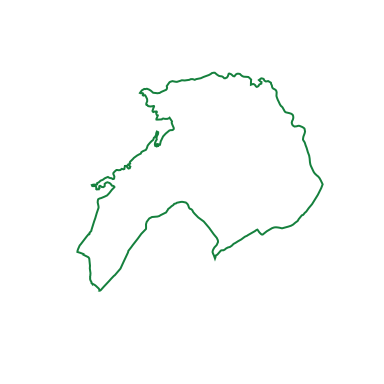 outline of Vera Cruz, Dili, East Timor, rotated 218°
{"feature_id": "22284137B41604792993839", "entity_name": "Vera Cruz", "entity_type": "district", "adm_level": 2, "iso_a3": "TLS", "parent_name": "East Timor", "parent_adm1": "Dili", "projection": "robinson", "projection_center": [125.57, -8.588], "detail": "fine", "context": "isolated", "style": "outline", "palette": "green", "viewbox_px": 384, "rotation_deg": 218, "n_neighbors": 0, "source": "geoboundaries", "source_scale": "gbopen_adm2", "svg_char_len": 6066}
<svg xmlns="http://www.w3.org/2000/svg" viewBox="0 0 384 384"><g transform="rotate(218 192 192)"><path d="M258.9,181.4L259.4,177.7L259.1,176.8L258.2,176.3L258.5,175.1L259.2,174.7L259.2,174.2L258.3,174.2L256.2,174.0L255.7,172.4L256.5,171.4L258.3,171.6L259.5,172.4L260.9,171.2L259.5,168.5L260.0,167.7L261.6,167.0L262.0,165.2L263.1,164.1L264.3,163.4L265.1,162.8L265.6,160.2L265.6,158.4L265.0,157.7L262.8,156.5L261.8,154.9L261.7,154.1L262.4,153.4L263.9,153.3L265.1,152.6L266.3,152.2L267.5,152.1L268.5,150.4L269.3,148.8L269.6,147.3L270.1,146.2L271.0,144.7L271.4,142.2L272.2,140.6L271.5,139.6L272.4,138.5L273.8,137.5L274.6,136.7L275.2,135.8L274.2,135.3L273.6,135.7L272.3,136.8L271.4,137.4L270.1,136.5L269.2,135.3L268.5,135.4L267.7,136.5L267.1,136.7L267.2,138.0L268.2,138.7L268.6,139.8L268.2,140.3L267.5,140.4L266.2,140.4L264.9,141.2L264.4,142.7L265.1,143.8L265.8,144.6L265.4,146.4L264.6,147.6L262.6,148.3L261.0,148.3L259.1,147.7L258.4,148.1L257.3,148.4L256.5,148.4L256.1,148.0L256.5,144.6L256.5,140.1L256.8,137.0L258.2,134.2L259.9,131.2L260.7,130.2L261.4,128.8L261.4,128.3L261.0,127.4L259.9,125.7L256.9,123.2L255.9,122.0L254.1,116.8L252.1,111.8L251.0,108.5L247.9,100.3L247.4,99.3L247.4,99.0L247.6,97.2L247.5,96.4L247.1,96.2L246.9,95.6L246.9,95.4L247.5,94.9L247.6,92.1L247.5,82.2L247.6,80.8L246.6,76.8L246.0,75.2L245.4,74.2L242.8,75.2L239.3,76.3L239.0,75.7L233.5,76.8L232.5,76.5L231.9,76.2L227.0,71.1L225.5,68.9L224.9,68.3L222.1,65.6L221.5,64.8L221.3,64.4L220.7,63.6L220.1,62.4L219.4,61.7L219.1,61.2L218.6,60.6L217.8,60.0L217.3,59.7L216.4,59.4L215.7,59.0L215.3,58.7L215.2,58.4L214.9,58.3L214.5,58.3L214.2,58.4L213.6,58.1L213.6,58.5L211.8,58.8L210.5,58.9L207.1,58.6L206.0,58.5L204.7,57.9L204.1,57.6L204.1,57.3L203.9,57.4L203.5,58.4L203.2,63.0L202.5,70.8L202.3,73.9L201.9,77.9L201.6,78.8L201.2,87.6L203.0,95.2L205.2,104.9L205.9,106.5L205.9,111.0L206.0,113.6L206.0,121.8L206.2,127.8L205.5,134.4L205.9,135.2L208.4,138.3L209.3,140.6L209.4,144.8L208.1,147.7L207.1,148.6L204.1,151.4L203.0,152.9L202.5,154.4L199.8,160.0L200.0,161.4L200.0,162.4L200.3,163.9L199.7,166.2L199.4,168.1L198.7,170.2L198.7,171.7L197.6,173.1L197.3,174.2L194.6,177.4L193.4,178.4L190.4,179.9L188.4,179.8L187.0,179.3L184.7,177.8L183.5,177.5L181.8,178.0L180.4,177.8L178.9,177.0L176.7,176.5L171.5,175.8L164.6,176.0L156.4,174.3L148.9,172.1L144.3,171.1L142.3,170.1L141.5,169.5L140.7,168.6L139.9,165.4L140.2,162.1L140.0,160.6L139.7,159.1L139.2,157.9L138.7,157.2L137.5,156.4L135.7,155.5L132.9,153.7L133.5,155.5L134.3,156.0L134.2,156.5L133.5,158.2L133.2,163.6L132.6,164.5L131.3,165.5L130.7,166.9L130.4,168.5L129.6,170.3L128.3,172.0L127.6,174.1L127.3,176.7L126.4,178.7L125.5,181.3L124.0,184.9L122.8,189.3L121.6,191.6L121.4,192.4L119.4,197.3L118.4,199.7L117.8,201.8L117.3,202.6L116.4,202.4L114.3,201.7L112.2,201.4L111.0,201.4L110.1,202.0L108.9,207.1L106.6,212.9L105.4,214.7L104.1,215.9L102.7,216.8L101.1,217.7L98.7,218.8L94.8,224.0L93.2,226.4L92.3,228.5L91.7,231.5L90.9,234.2L91.2,236.3L91.1,241.2L90.3,242.5L90.3,245.0L89.9,246.9L90.1,251.2L89.9,256.3L91.1,267.3L92.6,274.7L93.8,278.5L97.4,280.3L99.9,281.4L102.1,281.9L103.9,281.9L106.7,282.2L108.6,282.8L114.3,285.7L115.6,286.5L117.3,288.0L120.0,290.9L122.2,292.9L125.2,294.7L128.8,297.3L131.3,298.8L133.3,300.2L134.6,300.8L135.7,301.1L136.8,301.6L137.5,302.7L138.3,304.2L139.3,307.4L140.1,309.2L141.2,310.2L142.4,311.2L143.5,311.3L145.2,311.1L148.0,310.3L149.0,309.6L150.0,308.2L151.5,306.7L152.9,306.5L154.2,306.7L155.4,307.4L156.2,308.2L156.8,309.7L157.1,311.2L157.8,312.8L159.0,314.1L160.2,314.8L161.8,314.8L163.8,314.1L167.0,312.6L168.3,312.5L172.7,314.4L174.0,314.6L175.0,314.6L176.7,315.2L179.4,316.6L181.1,317.4L183.4,318.8L184.6,319.7L186.7,322.7L187.9,323.6L188.9,323.9L190.2,323.8L191.5,323.5L192.6,323.6L193.7,324.2L194.6,325.1L196.1,325.8L197.1,326.7L200.3,326.3L201.1,325.3L202.0,324.5L203.7,324.4L204.9,325.1L205.9,325.0L207.4,324.2L208.2,321.4L205.9,321.2L204.9,321.4L204.1,320.1L205.1,318.2L204.9,316.2L205.6,314.7L206.7,314.6L208.1,315.1L209.4,315.1L210.4,314.7L211.6,312.8L213.7,315.6L214.6,317.0L217.3,317.3L218.4,317.3L219.8,316.4L222.1,314.8L223.6,314.3L225.4,314.3L226.8,314.5L228.0,314.0L229.2,313.0L229.8,311.6L229.8,309.3L230.8,308.7L233.5,308.9L235.4,308.4L235.9,307.8L235.0,305.2L235.0,303.6L235.9,302.0L236.7,301.5L238.4,301.7L239.7,301.5L240.6,300.9L242.2,300.1L244.2,299.9L247.5,300.0L248.3,299.4L249.5,298.0L249.9,296.5L250.7,294.6L253.7,289.8L255.1,287.1L258.2,283.5L258.9,282.1L260.9,281.4L262.4,280.2L263.3,278.6L266.4,275.4L268.8,273.8L269.8,272.2L271.7,269.5L273.1,268.6L275.7,267.3L277.0,265.4L277.3,264.5L277.1,259.9L275.9,258.9L275.3,257.7L275.3,256.6L277.8,252.0L278.5,250.1L280.2,248.4L281.0,248.0L283.7,246.3L286.6,246.5L288.8,246.3L291.1,245.6L292.2,244.3L293.1,243.8L294.1,241.1L294.0,238.0L293.5,238.1L293.2,238.3L291.8,239.5L291.1,239.5L290.9,238.9L290.4,238.0L289.7,238.0L288.8,239.3L288.5,239.4L287.0,238.8L284.6,237.6L283.2,236.0L282.6,233.9L282.3,233.3L281.9,232.8L281.4,232.6L280.8,233.0L279.9,232.7L279.2,232.8L278.3,233.3L277.4,233.8L275.9,235.3L275.3,236.1L274.9,236.3L274.5,236.0L274.2,234.7L273.1,231.6L272.5,231.2L271.7,231.2L271.3,231.9L270.7,232.7L270.2,232.7L269.5,233.6L268.9,233.4L268.8,232.3L268.4,231.7L267.7,231.3L267.0,231.0L266.1,231.3L265.8,230.5L265.0,227.5L264.6,227.2L263.4,228.1L262.5,228.9L260.5,230.6L260.4,231.5L259.9,232.2L258.8,232.7L257.6,233.5L256.4,234.5L255.5,236.1L255.4,236.7L251.2,235.3L250.6,234.0L248.9,232.9L245.9,231.3L245.2,230.5L245.3,229.3L245.6,228.7L247.1,227.4L247.7,226.5L248.7,221.8L249.0,218.0L247.8,212.6L246.3,209.5L247.2,208.5L246.9,207.5L247.5,207.0L247.9,207.8L248.1,208.8L249.1,208.3L248.9,207.5L248.5,206.9L248.1,206.1L249.5,205.7L250.7,206.8L251.4,208.1L251.9,209.9L252.1,211.7L253.1,212.5L254.1,214.5L254.4,216.6L255.0,217.7L255.5,218.3L256.9,218.0L256.4,216.4L255.4,214.7L255.1,212.6L255.4,211.2L254.7,209.4L254.8,208.4L255.1,207.6L255.4,205.2L255.5,202.9L255.5,201.3L254.5,198.5L254.3,196.7L255.1,195.3L256.0,193.5L256.4,192.1L256.0,190.7L256.3,190.1L256.9,188.9L257.7,187.0L258.8,183.1L258.9,181.4Z" fill="none" stroke="#15803d" stroke-width="2"/></g></svg>